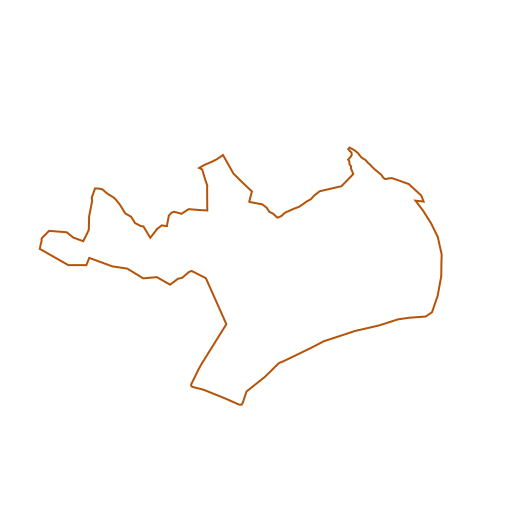 Guma, Benue, Nigeria (Equal Earth projection), rotated 143°
{"feature_id": "59680162B47044873054392", "entity_name": "Guma", "entity_type": "district", "adm_level": 2, "iso_a3": "NGA", "parent_name": "Nigeria", "parent_adm1": "Benue", "projection": "equal_earth", "projection_center": [8.727, 7.86], "detail": "fine", "context": "isolated", "style": "outline", "palette": "amber", "viewbox_px": 512, "rotation_deg": 143, "n_neighbors": 0, "source": "geoboundaries", "source_scale": "gbopen_adm2", "svg_char_len": 2462}
<svg xmlns="http://www.w3.org/2000/svg" viewBox="0 0 512 512"><g transform="rotate(143 256 256)"><path d="M386.0,190.9L385.4,189.5L378.6,181.1L372.5,171.0L370.6,167.9L366.9,161.7L360.9,151.0L359.0,147.5L356.9,145.9L354.4,147.1L345.1,153.5L322.0,154.1L302.1,156.7L298.2,155.6L276.1,151.2L267.9,149.6L253.7,147.2L253.1,147.1L224.6,137.4L221.6,136.4L219.5,135.4L199.3,126.4L185.8,121.7L181.5,120.2L180.8,120.0L170.5,114.3L157.0,105.6L152.6,105.3L149.2,105.2L148.3,105.8L142.6,109.7L135.1,114.7L120.2,128.4L115.4,134.6L111.6,139.5L106.8,145.5L99.4,161.7L96.5,176.7L95.3,191.6L95.3,204.2L89.4,198.6L87.6,204.8L90.7,221.5L99.3,234.6L100.5,236.1L101.1,236.8L102.4,237.5L103.4,238.3L104.6,238.6L106.1,239.4L106.9,240.5L107.2,242.5L107.1,243.9L107.1,245.5L107.2,246.4L107.7,248.2L108.0,249.4L109.0,253.5L109.6,257.2L109.7,258.1L109.8,259.7L110.0,260.8L110.2,261.8L110.4,262.4L110.6,263.6L110.6,265.2L110.7,265.8L110.8,266.9L111.6,268.8L112.5,271.3L112.6,272.4L112.6,273.5L112.6,276.3L112.7,277.3L113.5,280.3L114.1,282.2L114.9,283.8L115.8,285.6L116.1,286.3L117.3,285.9L117.8,286.0L118.0,285.9L118.0,283.4L117.7,282.7L117.6,280.9L118.8,279.0L121.0,278.2L124.4,277.5L124.4,275.8L126.1,273.0L126.2,270.3L127.4,268.9L129.0,262.9L145.7,260.3L166.2,269.4L172.8,269.3L177.7,268.4L178.0,268.3L183.0,269.1L185.8,269.1L191.6,269.3L197.9,271.1L200.9,271.8L203.6,272.4L205.3,272.9L207.3,273.0L208.7,273.1L210.7,272.6L213.5,273.0L215.9,273.9L216.9,279.7L218.8,283.2L218.4,288.0L219.4,291.6L219.8,293.4L228.7,303.1L228.6,303.6L220.4,310.0L223.2,326.8L224.4,335.5L221.6,356.5L228.9,356.8L234.3,357.8L243.0,359.9L248.4,360.5L246.9,357.6L250.5,347.8L252.6,341.5L253.6,340.4L267.5,321.7L271.8,325.3L276.4,329.3L281.5,333.9L287.5,334.4L290.0,334.5L294.8,340.6L296.0,341.0L297.5,341.4L301.3,340.7L309.2,333.5L312.9,337.2L316.2,337.1L319.1,337.1L319.1,336.9L329.5,334.2L328.1,347.4L329.9,349.1L332.8,355.1L332.1,362.4L334.8,368.7L334.2,374.7L333.8,378.9L334.0,385.2L334.4,388.1L337.2,395.3L338.6,401.8L341.1,404.6L343.9,406.8L352.0,401.5L353.6,398.7L365.4,388.1L373.8,377.5L377.6,375.5L385.1,371.8L390.9,380.8L392.9,388.9L406.1,400.6L411.8,399.8L415.6,399.3L417.2,398.5L418.6,396.6L420.2,395.5L424.4,391.8L411.4,361.7L397.0,350.8L390.3,354.8L377.0,334.2L366.4,323.4L359.5,306.0L347.9,298.8L341.9,284.8L332.1,284.8L328.0,283.0L319.1,283.6L316.4,282.8L309.4,268.4L320.7,219.4L363.3,203.0L369.2,200.5L382.0,194.0L385.0,192.5L386.0,190.9Z" fill="none" stroke="#b45309" stroke-width="2"/></g></svg>